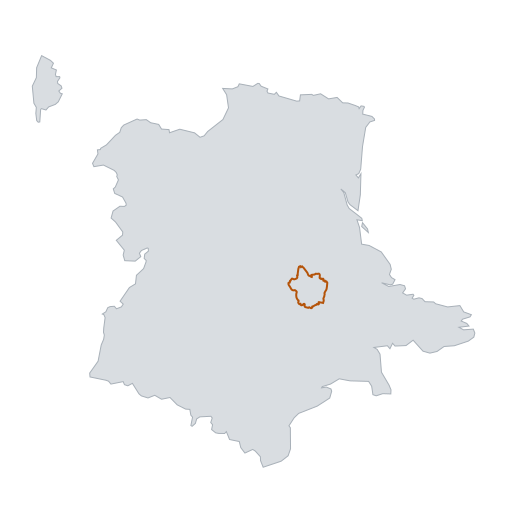 France, with Indre-et-Loire highlighted, rotated 177°
{"feature_id": "FRA-5310", "entity_name": "Indre-et-Loire", "entity_type": "Metropolitan department", "adm_level": 1, "iso_a3": "FRA", "parent_name": "France", "parent_adm1": "", "projection": "mercator", "projection_center": [0.644, 47.225], "detail": "fine", "context": "in_parent", "style": "outline", "palette": "amber", "viewbox_px": 512, "rotation_deg": 177, "n_neighbors": 0, "source": "natural_earth", "source_scale": "10m", "svg_char_len": 6150}
<svg xmlns="http://www.w3.org/2000/svg" viewBox="0 0 512 512"><g transform="rotate(177 256 256)"><path d="M412.5,206.1L408.9,208.1L406.7,212.2L404.3,213.1L400.1,213.2L398.1,210.6L393.1,212.2L391.1,214.9L394.1,218.0L384.1,231.1L377.8,234.5L376.4,243.0L368.9,249.3L366.1,255.9L365.9,257.3L367.8,259.4L367.0,263.7L363.2,266.5L363.2,269.3L364.3,269.7L370.1,267.5L372.3,264.9L371.1,261.4L376.9,257.2L387.3,258.2L388.6,263.9L387.2,268.7L394.7,279.0L388.2,283.8L387.8,287.0L394.5,297.3L398.7,301.5L396.4,308.4L389.3,312.8L384.8,312.4L382.9,313.6L383.1,315.7L386.2,321.9L393.8,325.9L395.0,330.5L392.9,332.2L389.4,339.2L390.9,342.7L390.3,344.2L391.1,346.6L393.1,348.9L403.6,354.8L413.2,353.7L414.4,357.1L408.5,366.2L408.8,370.3L405.9,370.4L405.4,371.7L399.5,374.8L390.0,383.9L385.6,386.6L383.8,391.2L381.2,393.7L367.6,399.0L365.0,397.8L358.4,397.9L354.2,394.6L346.3,392.5L343.7,387.7L336.3,386.8L335.9,383.6L325.5,386.6L310.9,382.2L305.7,377.5L301.5,378.7L297.7,382.9L281.9,394.0L275.7,405.4L276.9,418.6L280.5,425.1L270.9,424.1L265.2,426.0L263.7,428.8L250.2,425.5L245.2,428.3L243.8,428.1L242.0,425.3L235.4,422.2L236.4,420.0L235.5,418.1L229.2,416.5L227.1,418.4L224.7,414.6L207.2,408.5L204.3,408.6L203.2,414.6L191.9,414.5L190.3,413.4L183.0,414.6L175.3,409.1L166.7,410.1L161.4,404.4L156.2,404.0L149.0,401.1L145.7,399.5L145.3,397.8L143.2,400.4L140.4,399.8L139.9,399.0L141.6,395.8L142.0,392.1L132.9,389.3L130.5,386.6L130.5,385.2L135.3,383.9L139.7,378.7L143.9,359.8L146.9,337.2L149.1,332.9L152.0,331.7L149.7,328.6L146.9,332.7L148.6,311.7L151.8,295.9L159.5,302.4L161.3,305.2L163.5,314.6L167.8,318.5L165.0,314.7L162.3,302.2L160.5,298.6L148.4,288.1L148.0,285.7L153.3,286.9L151.1,279.0L149.9,262.3L142.5,260.6L130.7,253.5L122.5,240.6L121.6,235.7L123.7,230.6L121.8,227.3L118.4,225.1L121.0,220.7L123.5,220.2L132.0,222.7L125.0,218.6L113.7,220.0L109.2,218.5L108.4,215.4L111.5,211.5L107.7,209.0L101.2,209.6L100.4,208.5L102.3,205.7L100.7,204.6L95.4,205.7L92.4,204.8L89.6,201.5L81.0,200.8L79.1,198.9L67.3,195.1L55.0,195.8L51.5,189.3L44.0,186.1L45.5,184.0L53.0,182.1L54.5,180.3L49.0,177.6L47.0,174.9L57.1,174.2L52.6,171.4L42.8,171.6L41.5,167.6L42.7,163.6L48.4,159.9L62.6,156.0L72.9,155.8L80.2,151.2L87.4,149.9L94.2,152.2L103.5,163.7L110.9,158.7L121.9,158.8L124.2,161.7L127.1,156.4L129.5,159.5L143.0,158.5L139.9,156.4L137.3,151.5L136.8,133.4L129.9,120.1L128.2,115.3L128.6,111.2L136.6,111.9L143.3,110.1L146.5,111.4L147.3,119.9L150.1,124.9L168.6,126.4L179.3,129.0L188.3,124.2L196.7,122.1L197.4,120.9L192.6,121.4L188.1,119.3L187.5,117.0L189.8,110.3L202.7,102.9L221.6,96.6L226.4,92.4L232.0,84.7L230.7,82.7L231.6,61.7L234.4,54.8L241.6,49.8L259.9,44.7L262.2,51.5L262.1,55.3L266.9,61.2L269.4,63.0L277.4,59.8L281.2,65.4L282.4,71.6L292.0,74.1L294.8,82.2L296.6,80.4L302.6,80.8L305.5,81.5L309.4,85.0L308.2,89.8L309.9,92.1L308.2,96.5L309.4,98.3L320.5,98.3L323.8,96.4L325.3,92.0L328.7,89.3L329.9,90.1L327.8,98.4L329.4,100.5L330.1,106.3L334.3,106.8L342.5,111.5L349.3,119.2L357.8,117.9L364.4,122.2L371.3,119.9L377.8,122.3L380.1,124.5L386.1,135.3L390.8,133.1L394.1,134.4L395.2,137.5L407.6,135.7L409.8,138.7L412.4,139.8L428.1,143.9L428.2,147.8L419.2,159.2L415.2,175.3L412.5,180.8L411.6,185.0L412.3,187.8L411.8,192.1L409.9,202.4L411.0,205.4L412.5,206.1ZM468.4,409.9L467.6,415.9L469.8,420.2L470.5,437.3L466.0,445.6L465.2,455.5L459.6,467.3L450.9,462.0L448.2,459.1L450.6,454.6L445.6,452.2L446.8,447.8L446.2,445.6L442.7,445.4L442.5,444.2L445.1,440.8L445.0,438.7L441.7,436.1L441.0,433.7L444.3,431.1L442.8,428.7L441.0,428.1L445.4,420.3L448.5,417.9L455.3,415.7L458.1,412.8L462.6,414.4L463.4,413.6L464.9,401.2L466.5,401.0L467.9,402.7L468.4,409.9ZM148.9,279.9L147.9,283.7L143.2,277.2L142.6,273.6L148.9,279.9Z" fill="#d9dde1" stroke="#a8b0b8" stroke-width="1"/><path d="M224.0,224.1L224.5,224.7L224.9,225.6L225.1,226.5L224.9,227.5L224.7,227.6L224.0,227.6L223.7,227.7L223.5,228.8L223.4,229.1L223.2,229.0L222.3,230.4L221.3,231.5L220.9,231.5L219.5,230.8L218.8,230.7L217.2,231.2L216.4,231.6L215.9,232.4L215.8,232.9L216.0,234.0L216.0,234.5L215.3,234.8L215.3,235.2L215.3,236.0L214.4,240.9L213.6,243.0L212.4,243.5L211.7,242.5L210.6,243.2L210.4,242.9L209.2,241.9L205.6,236.6L205.0,234.8L204.7,234.1L204.4,233.7L204.0,233.5L203.4,233.3L201.8,232.2L201.4,232.1L201.3,232.4L201.3,232.5L201.3,232.8L201.4,233.0L201.5,233.2L201.6,233.4L201.7,233.5L201.7,233.8L201.7,234.1L201.4,234.2L201.1,234.3L198.7,234.4L198.2,234.6L197.9,234.7L197.8,234.9L197.5,235.1L197.2,235.2L195.9,234.9L194.6,235.1L194.0,235.0L193.7,234.7L193.5,234.4L193.4,234.1L193.3,233.8L193.3,233.1L193.4,232.3L193.6,231.4L193.6,230.8L193.5,230.6L193.4,230.4L193.2,230.3L192.5,230.3L192.4,230.1L192.2,229.6L191.7,229.5L191.0,229.7L190.6,229.8L190.2,229.8L190.0,229.6L190.0,229.4L190.0,229.1L190.1,228.8L190.1,228.4L190.1,228.1L190.0,227.8L189.7,227.7L189.0,227.9L188.6,227.9L188.4,227.7L188.4,227.2L188.4,226.9L188.3,226.7L188.1,226.7L187.6,227.0L187.2,227.0L187.0,226.9L186.8,226.6L186.7,226.3L186.5,226.1L186.2,225.5L186.7,222.1L187.2,219.6L187.4,219.1L187.5,218.7L187.9,218.1L188.7,217.0L189.5,215.6L189.6,215.2L189.4,214.4L189.5,214.0L189.8,212.9L189.9,212.2L190.9,210.1L190.9,209.7L190.9,209.4L190.7,208.6L190.7,208.0L190.8,207.5L191.5,205.6L192.8,206.0L193.6,206.1L195.4,206.6L195.8,206.6L195.9,206.4L195.8,206.1L195.8,205.5L195.7,205.3L195.7,205.0L195.8,204.7L196.2,204.4L196.5,204.4L197.2,204.8L197.5,204.9L197.8,204.8L197.8,204.5L198.1,204.2L198.6,204.0L199.8,203.7L201.4,202.8L201.7,202.8L202.2,202.7L202.5,202.6L202.6,202.4L202.6,202.1L202.5,201.8L202.8,201.4L203.2,201.1L203.6,201.0L204.0,201.1L205.4,202.0L205.7,202.0L206.2,201.6L206.5,201.5L209.4,202.4L209.7,202.6L210.0,203.0L210.1,203.6L209.9,204.6L209.9,205.1L210.1,205.5L210.4,205.7L210.8,205.7L211.1,205.6L211.7,204.8L212.1,204.6L213.1,204.4L213.5,204.5L213.8,204.8L213.9,205.0L214.0,205.7L214.1,206.0L214.3,206.0L214.5,205.9L214.8,205.7L215.1,205.6L215.3,205.7L216.1,206.8L216.2,207.2L216.3,207.6L216.2,207.9L215.9,208.4L215.8,208.7L215.8,209.1L215.9,209.4L216.4,209.7L217.4,211.4L217.8,212.7L217.9,214.3L217.8,215.9L217.2,217.9L217.4,218.4L217.7,218.9L218.8,219.8L219.1,219.9L220.1,219.7L221.4,220.0L222.4,220.9L224.0,224.1Z" fill="none" stroke="#b45309" stroke-width="2"/></g></svg>